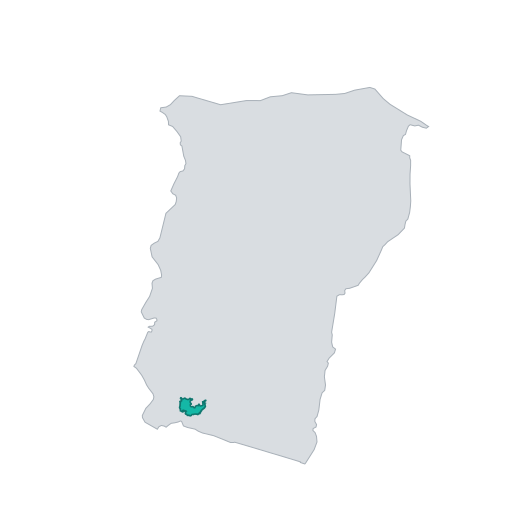 Talensi, Upper East, Ghana shown in context, rotated 197°
{"feature_id": "2480657B26285365473669", "entity_name": "Talensi", "entity_type": "district", "adm_level": 2, "iso_a3": "GHA", "parent_name": "Ghana", "parent_adm1": "Upper East", "projection": "albers", "projection_center": [-0.74, 10.642], "detail": "fine", "context": "in_parent", "style": "filled", "palette": "teal", "viewbox_px": 512, "rotation_deg": 197, "n_neighbors": 0, "source": "geoboundaries", "source_scale": "gbopen_adm2", "svg_char_len": 6735}
<svg xmlns="http://www.w3.org/2000/svg" viewBox="0 0 512 512"><g transform="rotate(197 256 256)"><path d="M313.5,64.6L317.3,68.2L318.1,70.3L316.8,78.2L314.0,83.8L312.2,88.9L312.5,91.5L314.2,94.1L320.0,98.2L323.0,100.8L326.5,104.8L330.6,108.7L337.5,113.7L340.5,114.7L340.4,116.1L339.4,118.0L338.8,137.0L338.3,141.9L337.8,144.4L337.2,151.4L336.5,152.4L335.1,152.4L333.9,152.6L333.6,154.1L334.1,155.5L338.3,156.5L337.4,157.6L334.3,158.6L332.9,160.7L333.5,163.1L331.8,165.1L332.3,166.4L333.4,167.4L335.2,167.0L340.1,163.7L342.1,163.4L344.7,164.0L349.4,169.0L349.6,171.4L347.7,179.8L345.9,186.2L345.6,194.8L347.5,199.6L347.3,202.3L345.2,204.6L340.3,207.9L340.7,210.2L342.9,214.4L347.0,219.1L355.1,224.8L359.3,232.4L359.4,235.5L357.0,238.6L354.1,241.3L353.2,245.2L354.6,270.5L348.3,281.6L348.2,284.7L348.9,288.4L350.6,290.6L353.8,291.2L356.5,293.3L355.6,301.0L354.2,308.9L354.0,312.7L353.2,314.5L350.7,316.0L349.8,318.5L350.5,321.6L350.0,323.9L351.4,326.8L354.3,330.4L359.0,339.5L360.8,340.2L361.6,342.1L361.1,344.0L362.9,348.0L368.1,352.0L373.6,355.5L378.0,355.9L379.1,359.1L382.0,363.0L384.1,364.8L387.4,365.9L390.2,366.5L390.4,369.9L385.4,372.2L382.1,375.7L379.5,381.0L376.0,386.9L363.8,390.0L359.2,390.0L334.1,390.3L310.7,401.8L297.2,405.9L288.9,412.4L277.7,417.0L269.9,422.5L253.6,425.2L227.0,433.9L218.6,437.4L210.2,443.4L196.4,450.5L191.1,450.4L180.3,443.7L172.3,440.3L152.6,435.1L137.9,433.0L130.7,430.7L128.8,430.3L130.5,428.0L134.6,427.8L138.9,428.6L142.2,426.8L147.0,426.6L148.2,424.7L148.7,419.9L148.6,416.0L150.3,414.2L150.8,409.7L148.5,399.5L146.8,398.3L138.3,396.8L137.7,394.8L136.1,392.7L134.5,387.4L132.7,379.6L129.8,369.9L124.1,353.9L122.8,348.3L121.8,342.5L121.6,335.7L122.9,333.1L122.7,329.6L122.2,326.1L126.3,318.0L134.3,308.1L136.0,304.5L137.5,302.0L137.8,298.5L139.3,286.9L143.1,272.9L145.6,267.6L147.2,264.8L149.2,260.1L149.7,257.9L157.0,252.5L160.4,251.0L161.1,248.9L160.0,246.5L160.5,244.9L162.3,244.1L164.9,243.4L166.9,241.2L163.9,223.9L161.6,206.6L161.4,205.2L160.0,202.8L158.5,195.7L156.1,191.5L152.7,190.2L152.7,186.3L156.2,179.7L157.2,175.8L155.5,174.7L155.3,171.6L156.5,166.7L155.9,163.7L155.3,160.5L151.8,152.9L151.0,147.6L152.8,144.5L152.8,137.6L150.9,127.1L150.7,120.4L152.0,117.6L151.4,115.0L148.8,112.5L148.6,110.0L150.9,107.7L150.6,105.8L147.9,104.4L145.4,101.2L143.3,96.0L143.8,87.8L148.0,72.6L148.5,71.4L153.2,71.5L153.2,72.1L167.7,72.1L184.2,72.0L204.0,71.9L222.0,71.7L222.8,71.1L225.8,70.2L243.9,71.8L255.3,71.1L260.1,71.6L263.6,72.6L271.5,72.0L275.7,72.3L278.8,76.1L280.1,76.1L281.9,74.5L285.0,72.7L288.2,71.2L290.5,68.2L291.9,66.0L293.9,66.5L296.9,66.3L298.9,64.4L299.7,61.5L313.5,64.6Z" fill="#d9dde1" stroke="#a8b0b8" stroke-width="1"/><path d="M261.2,95.0L261.0,95.3L261.1,95.5L260.9,95.6L260.7,95.9L260.7,96.1L260.9,96.3L260.8,96.5L260.5,96.7L260.5,96.9L260.6,97.1L260.4,97.3L260.5,97.7L260.6,97.8L260.8,97.8L260.9,98.1L261.0,98.2L261.1,98.5L261.1,98.8L261.3,98.9L261.5,98.9L261.6,99.0L261.8,99.2L261.8,99.6L261.8,99.8L261.7,99.9L261.7,100.0L261.7,100.4L261.6,100.5L262.0,100.6L262.9,100.4L263.1,100.5L263.3,100.8L263.3,101.0L263.0,101.2L262.9,101.5L262.7,101.9L262.6,102.0L262.2,102.3L261.7,102.9L261.7,103.1L261.8,103.3L262.2,103.3L262.5,103.1L262.7,102.8L263.0,102.3L263.4,101.9L263.6,101.7L263.8,101.3L264.4,101.0L263.3,98.4L263.2,97.5L265.3,96.3L265.6,96.4L266.1,96.5L266.4,96.8L266.4,97.0L266.5,97.2L266.7,97.3L266.9,97.2L266.9,97.4L267.2,97.6L267.3,97.4L267.3,97.1L267.3,96.8L267.4,96.4L267.4,96.0L267.5,95.9L268.1,96.0L268.4,96.0L268.7,95.8L268.9,95.5L269.7,94.9L269.9,94.8L270.0,94.7L270.0,93.2L270.1,92.9L270.4,92.8L270.8,92.9L271.1,92.8L271.4,93.0L271.8,93.4L272.2,93.5L272.4,93.6L272.6,93.5L272.9,93.2L273.1,93.2L273.5,93.0L273.9,92.9L274.3,92.9L274.5,93.0L274.9,93.4L275.0,93.5L275.2,94.3L275.4,94.7L275.4,94.8L275.2,95.0L274.8,95.0L274.7,95.1L274.6,95.4L274.7,95.7L274.9,96.0L275.0,96.1L275.4,96.1L275.5,96.2L275.9,96.5L276.1,96.7L276.2,96.8L276.3,97.3L276.6,97.8L276.6,98.0L276.5,98.3L275.7,99.0L275.4,99.5L275.1,99.6L274.8,99.9L274.8,100.0L274.8,100.3L275.0,100.6L275.4,100.7L275.6,100.6L275.6,100.1L276.2,99.6L276.3,99.5L276.5,99.6L276.6,100.1L276.7,100.4L276.9,100.5L277.1,100.6L277.5,100.6L277.9,100.3L278.1,99.8L278.2,99.6L278.5,99.2L278.9,98.9L279.3,98.7L279.7,98.8L279.9,98.9L280.1,98.9L280.6,98.7L280.8,98.7L281.0,98.9L281.4,98.9L281.7,99.1L281.8,99.2L282.1,99.3L282.3,99.3L282.4,99.1L282.7,99.2L283.0,99.1L283.5,98.3L283.9,98.0L284.3,97.8L284.5,97.7L284.8,97.8L285.1,98.0L285.9,98.5L286.2,98.6L286.5,98.5L286.6,98.1L286.4,98.1L286.3,97.9L286.2,98.0L286.1,97.9L286.2,97.7L285.9,97.3L285.7,97.3L285.6,97.0L285.5,96.7L285.4,96.4L285.0,96.1L285.0,95.8L284.8,95.7L285.0,95.4L285.6,95.2L286.2,94.8L286.3,94.6L286.2,94.4L285.5,94.2L285.4,94.0L285.4,93.8L285.7,93.4L285.5,92.9L285.4,92.9L285.3,93.0L285.2,92.8L285.2,92.5L285.4,92.1L285.1,91.7L284.9,91.5L284.9,91.3L285.1,91.0L285.0,90.8L284.9,90.7L284.7,90.4L284.8,90.3L284.9,90.1L284.8,89.7L284.9,89.3L284.8,89.2L284.8,88.6L284.7,88.4L284.4,88.2L284.2,88.0L283.8,88.0L283.7,87.9L283.9,87.6L283.5,86.9L283.2,86.7L283.2,86.3L283.1,86.0L283.1,85.9L282.9,85.9L282.7,85.8L282.3,85.7L282.2,85.8L281.8,85.8L281.4,85.5L281.2,85.6L280.8,85.6L280.5,85.4L280.4,85.4L280.3,85.6L280.1,85.8L280.2,86.0L280.6,86.1L280.7,86.4L280.8,86.6L281.0,86.7L280.8,87.1L280.5,87.2L280.3,87.3L279.8,87.2L279.5,87.3L279.3,87.3L279.3,87.2L279.2,87.0L279.1,86.8L278.8,86.7L278.4,86.6L278.3,86.9L278.1,87.1L278.1,87.3L277.9,87.3L277.9,87.1L277.7,87.1L277.8,86.7L277.7,86.7L277.8,86.6L277.7,86.5L277.6,86.3L277.6,86.1L277.6,85.9L277.5,85.5L277.6,85.4L277.6,85.2L277.6,84.9L277.5,84.7L277.3,84.5L277.3,84.4L277.2,84.3L277.0,84.5L276.8,84.5L276.1,84.3L276.0,84.1L275.8,84.0L275.1,83.8L275.0,83.6L274.8,83.7L274.5,83.6L274.3,83.8L274.2,83.7L273.8,83.9L273.7,84.0L273.4,83.9L273.2,84.1L272.8,84.1L272.4,83.8L271.8,84.0L271.6,84.3L271.3,84.8L271.2,84.8L271.2,85.0L271.1,85.3L271.0,85.5L270.9,85.6L270.8,85.8L270.7,85.8L270.4,86.0L270.2,86.0L269.8,86.0L269.5,86.3L269.3,86.2L269.2,86.3L269.0,86.6L268.7,86.8L268.3,86.9L268.0,86.9L267.8,87.0L267.7,87.1L267.5,87.3L267.4,87.3L267.2,87.3L266.9,87.3L266.7,87.3L266.5,87.5L266.3,87.4L266.2,87.5L265.8,87.6L265.6,87.5L265.5,87.3L265.4,87.3L265.3,87.5L265.1,87.5L265.0,87.8L264.9,87.9L264.9,88.1L264.7,88.2L264.4,88.3L264.2,88.6L263.9,88.7L263.9,88.8L264.0,88.8L263.9,88.9L263.7,88.9L263.7,89.5L263.8,89.5L263.7,89.6L263.7,89.8L263.6,90.0L263.6,90.3L263.8,90.3L263.6,90.6L263.4,90.6L263.4,90.8L263.3,90.7L263.3,90.9L263.3,91.0L263.2,91.2L263.2,91.3L263.0,91.5L262.9,91.7L262.9,91.8L262.8,92.0L262.8,92.3L262.8,92.6L262.9,92.8L262.8,93.0L262.4,93.3L262.5,93.5L262.3,93.8L262.3,94.0L262.1,94.2L261.9,94.2L261.9,94.3L261.7,94.4L261.7,94.5L261.3,94.8L261.2,95.0Z" fill="#14b8a6" stroke="#0f766e" stroke-width="1.5"/></g></svg>